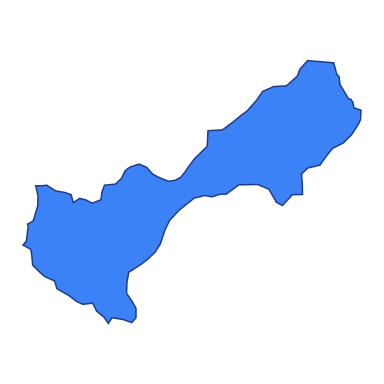 Sarama, Paphos, Cyprus
{"feature_id": "46923920B86735418834185", "entity_name": "Sarama", "entity_type": "district", "adm_level": 2, "iso_a3": "CYP", "parent_name": "Cyprus", "parent_adm1": "Paphos", "projection": "mercator", "projection_center": [32.535, 34.96], "detail": "fine", "context": "isolated", "style": "filled", "palette": "blue", "viewbox_px": 384, "rotation_deg": 0, "n_neighbors": 0, "source": "geoboundaries", "source_scale": "gbopen_adm2", "svg_char_len": 1480}
<svg xmlns="http://www.w3.org/2000/svg" viewBox="0 0 384 384"><path d="M307.6,60.6L299.8,69.4L297.4,76.0L286.5,85.8L273.7,86.6L262.8,91.3L256.6,100.2L247.3,110.8L241.0,115.5L231.3,123.3L222.4,129.9L208.0,130.7L207.2,146.3L194.4,158.8L188.0,167.6L185.4,171.4L180.8,177.3L174.9,180.4L168.3,181.3L158.7,177.3L152.8,174.2L146.5,167.2L139.0,164.1L130.9,166.8L128.1,168.3L125.0,170.9L121.5,178.4L115.4,184.1L104.5,185.2L101.8,192.5L101.0,199.7L92.2,203.2L85.9,199.9L79.7,198.4L73.2,202.6L71.2,194.7L64.9,192.5L55.7,190.9L46.7,185.2L42.6,185.7L35.7,185.8L38.0,195.8L37.7,206.1L33.2,220.9L27.5,224.2L28.3,226.2L27.5,231.4L26.4,241.1L23.0,245.0L30.9,249.5L31.7,254.7L32.7,265.2L39.0,271.5L41.9,274.1L44.7,276.5L54.6,281.0L57.0,288.8L68.7,295.4L76.5,301.4L82.8,304.3L92.7,303.2L96.6,311.1L103.9,317.1L108.4,323.4L112.0,317.7L123.0,319.5L131.9,322.6L133.3,320.9L136.0,317.7L136.0,310.1L136.0,308.2L131.9,301.1L126.6,293.3L126.9,282.8L128.7,272.3L141.0,264.4L148.3,258.7L155.1,252.1L160.3,244.0L164.7,230.6L169.4,220.7L179.1,210.2L194.2,198.1L204.7,195.5L212.2,196.8L220.1,194.2L226.1,194.2L238.9,184.8L257.7,184.5L268.9,189.2L276.4,202.3L282.4,205.5L292.4,194.7L302.5,194.5L302.3,183.7L301.5,174.0L307.8,168.0L320.0,165.1L326.5,155.9L332.3,148.6L343.5,142.8L351.6,134.7L358.4,124.2L360.5,119.7L361.0,110.7L360.6,109.9L357.8,109.2L354.0,107.8L352.8,102.2L350.6,99.0L348.7,99.0L340.0,84.5L339.0,76.4L336.8,74.4L333.7,62.8L307.6,60.6Z" fill="#3b82f6" stroke="#1e3a8a" stroke-width="1.5"/></svg>